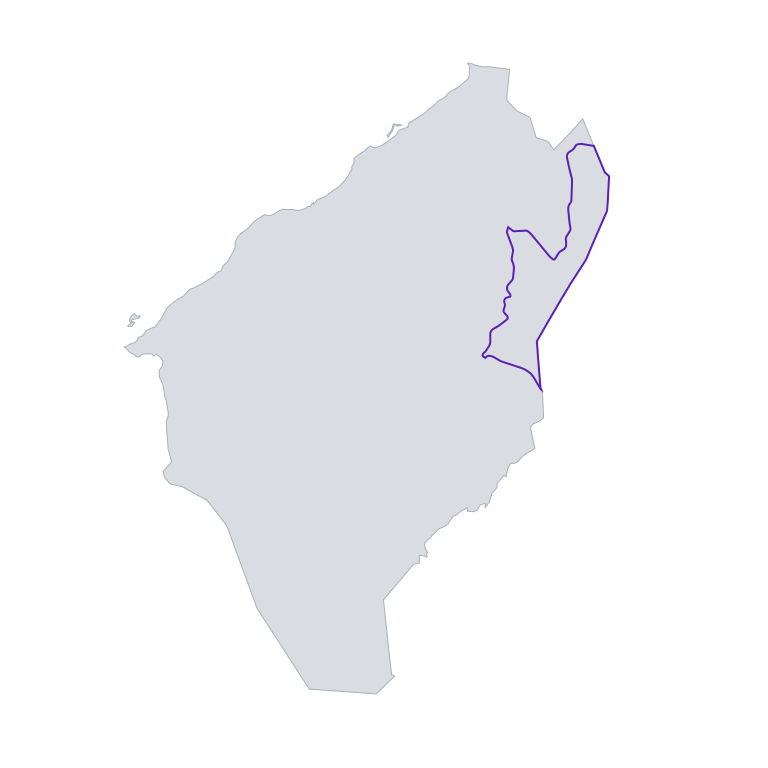 Al Hudud ash Shamaliyah on a map of Saudi Arabia (orthographic projection), rotated 82°
{"feature_id": "SAU-861", "entity_name": "Al Hudud ash Shamaliyah", "entity_type": "Region", "adm_level": 1, "iso_a3": "SAU", "parent_name": "Saudi Arabia", "parent_adm1": "", "projection": "orthographic", "projection_center": [42.216, 29.79], "detail": "fine", "context": "in_parent", "style": "outline", "palette": "violet", "viewbox_px": 768, "rotation_deg": 82, "n_neighbors": 0, "source": "natural_earth", "source_scale": "10m", "svg_char_len": 6916}
<svg xmlns="http://www.w3.org/2000/svg" viewBox="0 0 768 768"><g transform="rotate(82 384 384)"><path d="M588.6,540.9L505.2,558.8L500.7,560.4L474.8,575.2L457.4,598.4L453.5,609.1L451.4,610.9L447.8,613.1L444.5,614.7L439.4,614.7L433.1,606.9L431.5,605.2L430.1,605.2L418.8,606.8L395.0,605.3L391.0,604.9L385.8,602.3L384.4,601.8L383.0,601.7L370.7,601.9L364.6,602.9L358.7,602.7L352.6,603.3L350.5,604.3L348.1,604.3L346.6,605.3L345.3,605.7L343.8,604.9L341.9,605.1L339.0,604.5L337.2,602.8L335.5,601.2L333.7,600.4L331.7,599.9L330.0,599.9L327.8,600.9L326.4,601.8L323.0,604.9L322.9,606.0L324.4,607.8L324.0,608.6L322.0,609.7L321.4,612.6L321.1,614.2L320.8,618.0L321.7,621.0L322.9,622.1L323.0,623.3L322.3,625.9L320.5,626.7L319.1,629.1L318.3,630.3L316.8,631.6L311.1,635.9L310.8,633.4L309.0,629.7L308.8,627.1L308.0,624.5L306.4,622.5L303.5,620.4L303.2,617.5L301.1,614.7L298.2,612.4L296.7,608.2L295.5,602.6L288.1,595.3L278.8,588.4L276.0,584.6L271.4,576.7L269.2,570.5L263.0,563.3L262.8,560.6L261.9,557.2L260.5,553.5L259.6,550.6L253.6,537.6L251.6,535.5L249.9,532.6L249.5,530.4L249.0,529.1L244.7,527.0L240.7,521.5L228.7,512.6L222.8,511.7L218.1,508.5L214.7,504.4L211.1,497.3L204.8,489.6L199.6,478.8L201.3,474.9L201.3,472.2L199.7,467.5L198.0,463.9L196.8,460.5L197.9,455.7L198.4,450.3L199.5,447.4L200.3,444.3L199.5,437.9L197.7,434.5L198.0,432.2L196.0,431.0L194.4,428.5L196.1,428.6L193.0,425.1L191.9,423.1L190.9,418.4L189.5,414.8L184.8,406.6L182.7,401.6L177.7,395.1L172.3,390.2L168.8,387.9L167.1,385.9L164.2,385.7L161.2,382.8L159.0,382.6L156.2,382.1L153.1,376.6L150.6,371.5L146.3,364.7L147.5,363.1L148.9,360.4L148.4,356.7L147.8,354.2L145.9,349.6L139.7,338.1L138.1,336.4L135.3,334.3L133.8,329.4L133.2,325.0L128.8,322.7L121.8,306.6L117.6,300.8L116.0,297.1L111.2,290.7L109.0,284.5L104.1,278.6L100.2,268.7L93.8,258.6L91.0,256.8L84.0,255.6L81.1,254.7L78.2,256.7L78.2,254.0L80.3,250.4L83.5,242.8L84.4,235.9L89.9,215.9L119.3,222.9L120.8,222.6L132.6,213.8L139.5,203.3L141.0,202.2L161.0,199.0L161.6,198.4L166.0,188.9L166.4,188.4L167.0,187.8L175.8,183.3L162.6,166.4L149.1,150.3L204.4,136.1L205.3,135.7L209.5,132.1L233.4,136.8L242.7,138.8L245.7,140.3L289.2,166.8L310.9,185.5L362.6,226.4L363.3,226.7L409.4,229.5L414.3,228.3L427.0,229.4L439.7,230.7L442.4,235.5L443.4,238.8L444.4,242.1L447.0,245.1L457.7,244.4L468.7,243.6L470.4,246.6L471.3,249.5L474.6,256.5L479.0,261.9L480.1,263.8L480.9,266.9L480.3,268.0L480.1,269.4L483.3,272.2L488.6,274.5L490.6,275.1L492.9,276.1L491.3,277.9L494.5,281.8L498.3,285.8L502.1,286.5L507.5,292.4L515.4,296.0L520.4,301.0L520.0,301.1L518.6,300.7L516.8,300.1L516.4,300.8L516.6,303.0L517.2,305.6L519.7,307.7L521.9,309.2L523.0,312.2L521.7,319.0L521.1,319.0L520.0,318.5L518.8,318.5L518.1,318.9L519.8,323.6L521.5,327.2L523.4,330.0L525.0,334.1L526.4,335.8L531.6,340.0L533.4,343.7L535.3,350.6L538.6,354.3L540.5,357.2L543.0,359.6L544.7,363.0L546.9,365.5L548.1,366.1L549.7,366.3L551.8,366.1L554.2,365.2L556.7,364.4L558.9,365.6L560.9,365.2L561.2,366.5L559.9,368.3L558.5,372.8L561.0,373.3L563.4,373.5L565.1,374.0L566.1,373.9L566.2,374.8L566.5,379.0L567.2,380.5L597.7,414.6L672.6,417.0L673.0,416.8L674.7,414.1L689.8,434.8L675.7,500.5L588.6,540.9ZM286.1,625.2L288.4,625.4L287.5,624.4L287.2,623.9L288.3,622.4L291.7,625.4L291.6,628.9L291.3,629.7L290.4,629.0L289.8,628.2L289.6,627.4L288.6,626.6L285.3,627.1L283.3,626.2L280.3,623.2L279.5,621.1L280.8,620.6L282.1,619.6L282.9,617.9L282.2,616.2L283.9,616.5L284.8,618.3L285.0,622.4L285.3,623.2L284.8,624.1L286.1,625.2ZM138.9,346.3L138.1,346.3L136.2,344.0L135.0,342.4L133.9,341.3L128.4,338.8L127.7,337.4L128.6,336.0L129.2,337.4L130.1,338.3L134.6,340.5L139.6,345.0L140.4,345.4L138.9,346.3ZM130.5,335.3L130.2,335.8L129.0,334.6L129.2,332.1L130.3,330.8L130.1,332.7L130.5,334.6L130.5,335.3Z" fill="#d9dde1" stroke="#a8b0b8" stroke-width="1"/><path d="M209.8,132.2L215.2,133.3L220.5,134.3L225.9,135.4L231.3,136.4L233.4,136.8L242.7,138.8L244.2,139.4L245.7,140.3L248.5,142.0L250.8,143.5L253.2,144.9L255.6,146.4L258.0,147.9L260.4,149.3L262.8,150.8L265.1,152.3L267.5,153.7L269.9,155.2L272.3,156.6L274.7,158.1L277.1,159.5L279.5,161.0L281.9,162.4L284.4,163.9L286.8,165.3L289.2,166.8L291.0,168.4L293.4,170.4L295.7,172.4L298.0,174.4L300.4,176.5L303.0,178.7L305.6,181.0L308.3,183.3L308.8,183.7L310.9,185.6L313.9,187.9L316.3,189.9L318.8,191.9L321.2,193.9L323.7,195.9L326.9,198.4L330.1,201.0L333.4,203.5L336.6,206.1L338.0,207.2L339.8,208.7L343.1,211.2L346.3,213.8L349.6,216.3L352.3,218.4L355.0,220.5L357.7,222.6L360.4,224.7L362.6,226.4L362.8,226.5L363.1,226.6L363.3,226.7L365.9,226.9L368.1,227.0L370.4,227.2L372.6,227.3L374.8,227.5L377.7,227.7L380.6,227.9L383.5,228.0L386.4,228.2L389.2,228.4L392.1,228.6L395.0,228.7L397.9,228.9L400.0,229.0L402.2,229.2L404.3,229.3L406.5,229.4L409.4,229.6L410.6,229.3L411.4,229.1L411.0,229.5L397.9,235.0L394.0,237.3L391.3,240.0L389.2,242.5L387.6,245.1L378.2,264.2L376.8,266.3L372.2,272.2L371.6,273.3L370.9,275.1L370.7,276.0L370.7,276.6L370.7,277.2L370.8,277.8L371.0,278.4L371.8,279.5L372.2,279.9L371.0,281.6L370.5,282.0L369.7,282.4L369.1,282.3L368.5,282.0L367.9,281.7L367.5,281.1L367.4,281.1L367.3,280.9L366.7,280.4L366.3,279.5L365.6,278.7L360.8,274.5L360.1,274.1L358.8,273.4L357.8,273.0L349.0,271.8L348.2,271.6L347.3,271.1L346.5,270.5L345.8,269.9L344.8,268.5L342.3,262.2L337.4,253.6L336.9,253.0L336.3,252.5L335.5,252.2L334.5,252.3L333.7,252.6L330.5,254.8L329.3,255.4L328.7,255.5L328.0,255.4L326.9,255.1L323.8,253.5L323.1,253.3L322.1,253.2L319.3,253.5L318.5,253.4L317.7,253.2L316.8,252.6L316.1,251.9L315.7,250.9L315.5,250.2L315.4,249.8L315.2,247.4L315.2,247.1L314.9,246.8L314.3,246.5L313.3,246.5L312.5,246.7L311.7,247.1L309.5,248.3L308.7,248.7L307.8,248.9L306.9,248.9L305.9,248.8L304.5,248.3L303.5,247.7L302.7,247.0L299.2,242.8L298.6,242.3L298.0,241.9L296.7,241.4L287.0,239.1L286.3,239.1L283.3,239.2L279.8,240.1L279.1,240.2L278.4,240.2L277.4,240.0L270.6,237.8L269.6,237.6L268.5,237.6L266.5,237.8L251.5,241.1L250.8,241.1L249.2,240.7L246.0,239.2L250.0,235.3L250.5,234.7L250.7,234.1L250.9,233.6L250.9,233.4L251.8,222.7L251.9,222.0L252.1,221.3L252.5,220.7L253.1,220.0L253.7,219.3L256.8,217.0L280.2,202.6L282.6,200.8L283.8,199.5L284.3,198.8L284.4,198.2L284.2,197.6L283.7,197.0L279.6,193.7L278.2,192.4L277.7,191.7L277.0,190.3L275.7,187.4L275.4,186.8L274.7,185.9L274.1,185.4L273.1,184.7L272.3,184.4L269.0,183.9L266.8,183.9L265.3,183.7L264.3,183.4L263.6,183.0L258.1,178.4L257.2,178.0L256.2,177.7L253.4,177.7L251.8,177.9L236.7,177.3L234.1,176.7L233.2,176.3L232.5,175.9L230.5,174.1L229.8,173.6L229.2,173.2L228.3,172.9L209.7,169.6L206.0,169.4L197.5,170.4L185.2,171.3L183.9,171.1L182.7,170.8L182.1,170.5L181.5,170.1L180.9,169.6L180.4,169.0L179.6,167.3L179.1,166.2L178.4,164.8L177.5,163.5L176.7,162.6L174.4,160.8L174.0,160.2L173.8,159.7L173.8,159.3L173.7,159.1L173.6,158.2L173.6,156.2L173.7,155.1L177.5,143.0L182.7,141.7L188.9,140.1L195.1,138.5L201.3,136.9L204.4,136.1L205.4,135.7L208.7,132.8L209.2,132.4L209.5,132.3L209.7,132.2L209.8,132.2Z" fill="none" stroke="#5b21b6" stroke-width="2"/></g></svg>